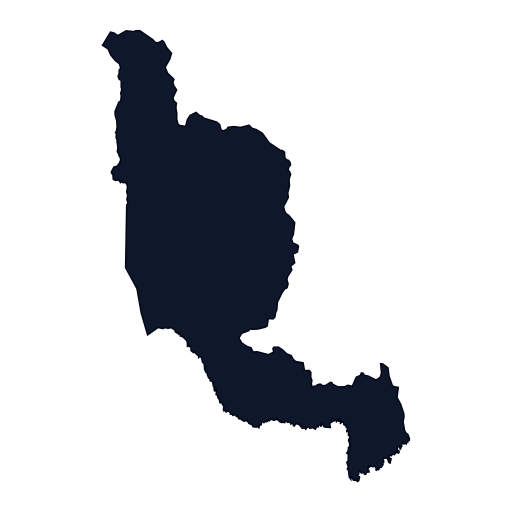 Ikelenge, North-Western, Zambia
{"feature_id": "96606910B32160654105939", "entity_name": "Ikelenge", "entity_type": "district", "adm_level": 2, "iso_a3": "ZMB", "parent_name": "Zambia", "parent_adm1": "North-Western", "projection": "equal_earth", "projection_center": [24.346, -11.254], "detail": "fine", "context": "isolated", "style": "filled", "palette": "ink", "viewbox_px": 512, "rotation_deg": 0, "n_neighbors": 0, "source": "geoboundaries", "source_scale": "gbopen_adm2", "svg_char_len": 6082}
<svg xmlns="http://www.w3.org/2000/svg" viewBox="0 0 512 512"><path d="M380.6,363.7L381.5,373.0L380.3,377.1L377.2,379.4L375.4,379.7L368.0,376.0L364.2,375.3L363.2,373.3L361.8,372.9L361.1,373.2L360.6,375.3L356.3,377.2L352.3,386.2L347.7,385.3L344.9,386.7L338.1,386.9L332.7,384.3L331.8,382.6L330.6,382.3L325.8,385.3L322.6,385.9L321.1,384.3L319.3,384.2L317.1,384.9L316.3,386.1L313.8,386.2L312.8,387.5L311.2,386.1L311.8,385.6L311.3,383.9L311.9,380.5L310.7,377.0L310.9,372.6L309.4,370.5L304.5,370.6L303.1,362.8L295.7,361.5L293.1,359.1L291.2,355.6L286.6,353.8L282.4,349.7L278.4,347.1L273.9,347.2L272.9,348.6L273.7,352.1L268.4,354.7L257.1,351.7L253.2,352.0L250.9,347.7L247.1,346.5L241.8,343.0L238.9,338.1L241.7,333.3L248.7,330.7L250.3,328.7L251.9,329.3L257.9,329.0L264.9,327.3L267.2,326.0L268.3,318.6L273.1,318.9L274.8,317.3L275.8,312.0L276.8,310.0L277.4,302.2L282.3,292.2L284.6,289.1L287.1,287.7L288.1,283.7L286.9,279.9L287.6,276.5L291.8,270.0L290.7,266.2L294.7,262.8L292.9,254.2L297.4,252.0L298.5,246.3L297.6,245.1L292.8,243.0L291.5,238.8L293.4,234.2L294.7,222.6L288.8,215.4L286.2,213.7L284.8,211.3L283.5,206.7L288.3,197.5L287.8,192.8L289.5,185.7L289.0,179.3L290.6,174.5L289.6,171.8L288.1,170.1L288.9,166.8L290.6,165.0L289.9,162.0L288.4,160.3L286.3,159.7L284.8,157.4L284.5,152.2L282.6,150.6L280.5,150.4L269.3,142.9L262.2,133.1L256.3,129.6L251.9,128.2L249.1,125.2L240.6,127.4L233.8,126.6L228.0,127.3L226.8,129.4L222.9,131.0L221.0,129.6L219.7,124.6L216.8,122.1L203.5,118.0L201.9,116.1L199.6,115.5L196.1,112.4L190.1,115.4L187.4,119.6L185.6,126.4L179.4,125.4L177.8,123.7L176.7,118.9L176.8,113.5L175.9,107.8L176.4,103.1L173.7,100.7L173.0,97.7L176.6,89.9L173.6,85.2L172.9,82.2L173.9,79.3L167.7,73.3L165.6,68.6L165.4,66.7L169.7,59.3L171.5,53.3L166.7,47.6L163.9,42.0L162.4,40.5L158.6,42.6L155.6,42.6L152.6,39.5L139.9,30.7L135.9,30.7L133.8,31.6L126.1,30.8L117.8,35.6L114.0,33.0L110.5,32.1L102.5,45.3L108.0,48.8L110.8,55.1L115.4,60.7L119.3,63.6L120.7,68.0L119.1,70.3L119.2,73.2L118.1,76.3L119.1,79.2L121.2,80.5L121.2,87.3L121.8,89.4L120.7,93.4L121.3,95.7L120.7,100.9L118.8,102.2L115.0,111.6L115.2,115.4L116.8,120.9L117.1,127.2L116.4,131.3L115.5,132.5L116.4,133.7L116.1,137.5L117.6,141.8L117.0,142.1L117.8,142.8L117.3,143.2L117.9,147.5L117.4,151.3L117.9,151.2L117.8,152.8L118.7,153.6L119.1,156.0L119.7,156.0L120.8,160.1L119.9,161.6L120.0,163.4L119.3,163.2L117.1,166.2L113.9,167.1L111.3,172.0L111.8,173.7L112.8,173.8L113.3,179.4L115.9,180.5L118.5,179.8L120.4,182.4L120.7,181.6L123.5,182.8L125.4,182.3L126.3,183.7L126.8,183.1L127.5,187.5L126.7,191.8L127.7,195.3L126.9,199.4L128.0,203.2L126.7,205.0L125.6,267.7L137.0,288.7L141.2,312.8L147.6,334.9L158.1,327.5L162.8,328.6L165.4,327.6L168.0,328.3L171.1,327.6L174.8,329.9L175.4,331.9L176.7,332.9L178.2,333.2L178.8,334.3L179.7,333.9L180.5,334.8L180.2,335.9L182.8,336.8L186.4,340.2L187.3,342.2L187.4,345.8L188.4,344.8L188.4,346.3L189.7,345.7L190.0,346.9L191.2,347.1L190.9,350.5L193.5,352.6L194.3,352.0L197.4,355.1L197.7,354.6L198.6,355.7L198.7,357.5L199.5,356.8L201.5,357.3L202.5,362.2L204.2,363.8L204.6,369.3L205.9,372.2L207.5,373.5L207.4,374.8L208.7,378.0L209.8,378.3L210.3,380.9L212.5,381.4L213.5,386.7L215.3,387.7L214.0,388.6L214.5,390.8L216.3,390.0L215.9,390.9L216.6,390.9L216.1,394.6L217.7,395.3L217.7,397.1L219.4,399.8L220.0,402.8L222.2,402.8L222.5,404.6L223.8,406.0L223.4,409.5L223.9,410.8L224.7,410.3L226.1,412.0L227.5,411.2L229.2,411.5L230.6,413.3L230.4,414.1L232.0,414.2L232.9,415.4L235.8,414.6L236.1,416.2L237.6,416.6L239.0,418.9L241.1,418.6L241.3,419.6L244.3,421.3L246.3,420.2L246.9,421.0L247.3,419.9L248.9,423.4L252.1,424.7L253.0,426.7L256.4,427.1L257.0,426.0L258.8,427.8L259.7,425.2L261.0,424.9L262.1,421.2L263.9,422.6L266.0,421.0L266.8,421.8L268.3,420.4L269.3,420.8L271.1,419.1L274.1,420.4L276.6,418.9L276.4,419.6L278.2,419.9L279.6,421.7L281.1,422.3L281.0,421.4L281.8,421.3L282.2,423.0L282.4,421.8L284.5,422.7L285.7,421.2L287.7,422.2L288.2,421.1L288.7,422.2L290.2,422.3L290.7,424.0L292.7,423.2L293.5,425.7L294.4,426.0L295.6,423.8L299.2,424.3L299.5,425.2L300.7,425.2L300.6,426.6L301.6,426.4L302.1,428.4L304.6,428.0L305.8,429.2L306.3,428.1L309.2,426.4L309.7,428.3L312.9,427.7L315.3,429.2L316.9,426.6L318.4,426.8L318.3,425.5L319.5,424.4L320.8,426.2L321.4,425.9L322.2,423.5L324.4,427.0L330.3,427.5L329.8,423.8L330.9,421.6L331.2,422.3L332.5,421.6L331.3,420.0L331.7,418.7L333.3,419.1L333.4,421.0L336.4,420.3L336.5,421.4L337.0,420.7L338.3,421.1L338.0,419.2L338.6,418.7L339.4,419.3L338.6,420.5L339.9,421.5L341.1,419.5L341.0,422.0L340.1,424.0L341.2,422.5L343.5,421.7L343.8,424.6L345.6,425.5L346.5,427.6L347.2,427.6L347.7,429.5L346.7,430.5L346.8,431.6L348.4,431.2L349.1,432.1L348.4,433.0L348.5,435.3L349.0,434.9L350.1,436.3L348.6,440.1L349.4,440.4L348.8,441.6L350.4,443.9L349.6,444.3L349.9,445.4L348.9,447.3L349.5,447.6L348.4,447.8L348.3,450.4L346.8,453.2L348.3,453.8L348.2,460.8L346.8,462.3L348.3,466.9L347.3,469.0L348.4,470.1L349.3,477.2L350.8,479.2L350.7,477.2L351.6,476.7L353.4,480.2L355.1,480.3L355.3,479.5L357.3,481.3L357.5,480.4L358.6,480.9L359.4,478.0L359.5,476.9L357.0,475.2L358.6,474.3L358.9,471.7L360.3,471.6L361.3,473.0L363.9,472.5L364.5,474.3L365.7,474.2L366.8,472.1L369.1,472.0L368.8,470.4L368.0,470.0L368.0,466.9L368.8,465.9L369.2,467.2L370.4,466.0L373.2,466.8L374.4,466.0L375.9,467.7L376.1,470.1L376.7,470.3L377.7,468.2L378.7,469.5L379.4,467.8L381.4,467.2L383.0,464.6L382.4,463.9L383.6,462.5L383.7,460.9L382.6,459.1L385.2,458.0L387.3,458.2L388.8,462.4L390.1,463.1L391.1,458.7L389.0,457.8L389.3,455.5L391.6,455.7L392.6,453.5L394.4,454.7L395.2,453.8L394.5,452.6L395.4,451.4L396.5,451.7L396.1,453.1L396.7,452.4L398.5,453.1L399.2,452.1L398.8,450.8L397.4,450.6L397.4,447.3L399.3,446.3L400.2,449.1L401.0,448.0L401.0,446.6L401.9,446.1L401.4,445.1L402.7,442.3L403.8,444.0L405.3,443.3L406.3,444.0L406.8,442.3L407.7,442.0L407.3,441.4L409.2,440.4L409.5,438.9L408.9,437.2L408.1,437.4L407.7,436.5L408.4,435.8L407.8,434.4L405.6,432.6L404.5,430.1L403.1,421.7L404.0,416.8L403.8,413.7L400.7,404.3L397.0,397.5L398.3,387.4L393.8,386.6L392.2,385.3L389.0,376.0L388.0,367.9L382.6,363.8L380.6,363.7Z" fill="#0f172a" stroke="#020617" stroke-width="1.5"/></svg>